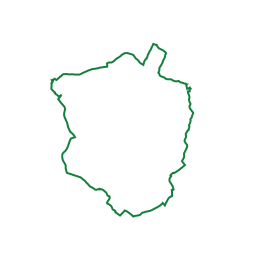 outline of Tritenii De Jos, Cluj, Romania, rotated 233°
{"feature_id": "2599482B80475446789021", "entity_name": "Tritenii De Jos", "entity_type": "district", "adm_level": 2, "iso_a3": "ROU", "parent_name": "Romania", "parent_adm1": "Cluj", "projection": "robinson", "projection_center": [24.012, 46.587], "detail": "fine", "context": "isolated", "style": "outline", "palette": "green", "viewbox_px": 256, "rotation_deg": 233, "n_neighbors": 0, "source": "geoboundaries", "source_scale": "gbopen_adm2", "svg_char_len": 5668}
<svg xmlns="http://www.w3.org/2000/svg" viewBox="0 0 256 256"><g transform="rotate(233 128 128)"><path d="M177.1,200.9L177.7,200.3L178.2,199.9L179.9,198.8L179.2,197.7L177.8,194.7L177.3,194.1L176.8,193.1L176.3,191.5L174.5,188.0L173.8,187.0L173.1,186.2L172.8,185.6L172.6,185.2L172.8,185.2L172.4,184.1L172.3,183.7L172.1,183.0L171.9,182.3L171.5,181.4L171.0,180.6L169.2,178.2L171.3,177.3L172.6,176.9L173.2,176.8L176.1,176.8L178.7,176.1L179.4,176.0L180.3,176.1L183.3,176.2L187.3,173.3L188.2,172.6L188.6,172.1L189.3,171.0L189.7,170.5L189.8,170.2L189.9,169.9L189.8,169.4L190.1,167.8L190.1,167.3L190.1,166.7L190.0,166.4L189.9,163.8L190.0,162.9L190.3,160.8L190.2,159.2L190.0,158.2L190.0,155.4L190.1,155.0L190.2,154.6L190.5,153.9L191.9,151.9L192.1,151.4L192.2,150.1L190.6,149.2L189.5,148.3L190.1,147.3L191.0,145.8L192.2,143.4L192.9,142.4L193.3,141.6L193.6,140.4L194.2,139.3L194.8,137.9L196.7,134.7L196.8,134.5L196.8,133.7L197.8,130.9L198.4,128.3L199.2,124.9L199.5,122.8L199.9,121.3L201.1,119.8L202.4,118.0L202.8,117.5L203.7,116.7L204.3,116.1L205.5,114.3L206.4,113.0L207.4,112.1L208.0,111.4L208.4,111.1L208.7,110.3L209.4,109.5L209.9,108.7L210.0,107.4L209.6,105.7L209.6,105.2L209.9,104.8L209.8,104.4L209.8,104.2L209.6,103.1L209.5,102.3L209.5,101.4L209.5,100.9L209.4,99.7L211.5,99.1L211.5,98.9L211.3,98.5L211.2,98.4L211.7,97.4L211.3,97.1L211.1,96.7L211.3,96.4L212.0,95.9L211.5,95.7L211.0,95.6L210.6,95.7L210.2,95.7L210.1,94.6L210.0,94.2L209.8,94.3L209.7,94.3L209.6,94.1L209.4,93.6L209.2,93.4L207.5,92.2L206.0,90.8L205.4,90.4L204.6,90.3L203.7,90.4L200.9,90.9L200.4,91.0L200.3,90.6L200.1,90.5L199.9,90.5L199.3,90.7L198.6,90.7L198.3,90.7L197.5,91.2L195.0,91.6L194.5,93.1L194.5,93.5L194.6,94.2L194.5,94.8L194.4,94.5L194.3,94.1L194.0,93.4L193.5,91.6L193.4,91.0L193.3,90.2L193.0,89.6L191.9,89.7L188.7,89.6L183.7,90.0L182.8,89.9L181.9,89.6L181.3,89.2L180.8,88.9L178.2,85.9L177.4,85.2L177.0,84.9L176.3,84.5L174.8,83.9L173.1,83.5L168.9,82.5L168.1,82.3L167.4,81.9L167.1,81.7L164.5,80.6L160.5,79.7L160.5,79.8L158.6,79.8L156.7,80.3L155.1,80.3L154.2,80.4L152.5,80.0L153.1,78.7L153.9,76.4L153.7,76.0L153.6,75.5L153.6,75.3L152.1,72.7L151.6,72.0L151.2,71.6L150.9,70.9L149.6,69.2L148.5,67.2L147.5,64.7L147.1,61.4L146.9,60.6L146.6,59.9L146.2,59.4L145.8,59.1L144.4,58.0L141.9,56.7L141.0,56.5L136.2,55.9L135.1,55.4L134.2,54.6L133.4,54.0L131.0,53.0L129.4,52.4L128.8,52.3L128.7,52.3L126.7,53.8L121.6,57.3L117.3,60.3L117.0,60.5L116.3,60.7L115.4,60.8L111.3,61.9L109.4,61.9L107.6,62.2L105.1,62.4L104.1,62.5L102.0,63.5L101.5,63.8L99.7,64.4L99.0,64.6L98.5,64.8L98.2,65.0L97.7,65.5L97.5,66.1L97.4,66.7L97.2,67.0L96.4,68.2L96.2,68.3L96.5,68.7L95.2,69.6L94.8,70.1L94.4,70.3L93.2,70.9L89.7,71.7L89.1,71.6L87.2,71.2L86.2,71.1L85.5,71.3L85.2,71.5L84.7,72.1L84.3,72.0L83.2,71.3L82.9,71.0L82.5,70.3L82.3,69.8L82.1,68.8L81.7,67.6L81.5,67.2L80.9,66.3L80.6,66.0L80.4,66.0L79.3,66.4L78.2,67.0L76.4,67.5L75.8,67.6L75.3,67.6L74.6,67.4L72.6,66.9L72.2,66.9L71.8,66.9L71.2,67.2L70.7,67.6L69.6,67.8L69.4,67.9L69.2,67.9L69.0,67.5L68.8,67.3L68.5,67.3L68.0,67.3L67.4,67.5L65.6,68.1L64.8,68.3L62.9,69.0L63.0,69.9L64.0,75.8L63.6,75.9L63.5,76.1L63.2,76.3L62.4,76.8L61.1,77.3L60.4,77.5L56.7,78.5L55.9,78.6L55.6,78.8L54.5,78.8L53.9,79.2L54.0,79.5L53.9,80.0L51.9,83.9L51.4,85.2L51.4,85.5L51.4,86.0L51.7,87.5L51.7,88.2L51.7,88.7L51.1,89.6L50.7,91.2L50.2,92.3L49.7,93.2L49.3,94.1L48.4,96.3L48.2,97.1L47.2,103.2L46.8,106.0L46.8,106.9L47.0,109.9L47.2,110.6L44.0,110.8L45.5,113.5L46.0,114.9L46.7,116.3L47.4,118.0L47.6,119.3L47.6,119.8L47.5,120.5L47.1,122.1L47.6,122.4L47.7,122.8L52.2,125.8L51.5,126.7L51.4,127.3L54.0,128.4L55.1,128.7L60.1,129.1L60.6,129.2L61.8,130.0L62.6,130.8L63.2,132.0L63.4,133.2L63.6,133.6L64.6,133.4L64.7,133.6L65.0,134.7L65.0,135.0L65.1,135.6L64.9,136.3L65.0,137.1L64.9,137.3L64.6,137.3L64.2,138.0L64.1,138.8L63.8,143.0L63.8,143.6L63.8,144.5L63.9,145.2L64.1,151.2L68.1,151.1L69.1,151.2L69.2,151.6L69.6,152.4L69.8,152.9L70.5,154.4L70.8,154.9L71.2,155.5L74.0,157.5L76.2,162.0L76.8,163.0L77.3,163.7L77.6,164.1L78.3,164.7L78.5,164.8L78.9,165.0L80.6,165.0L82.3,165.0L83.2,165.2L83.5,165.3L83.8,165.5L84.5,166.4L84.8,166.9L85.8,168.9L86.0,169.2L86.2,169.3L87.1,169.7L88.2,170.3L88.4,170.5L88.8,171.0L89.1,171.9L90.0,173.9L90.1,174.4L90.2,174.8L90.2,175.0L89.9,175.2L89.9,175.3L90.6,175.9L91.3,176.8L92.2,177.9L92.5,178.0L93.2,178.1L93.4,178.3L94.4,180.1L95.6,181.9L96.1,182.4L97.1,182.8L97.4,183.1L97.5,183.3L97.9,184.7L98.4,185.6L98.7,186.0L99.8,187.5L100.6,189.0L100.8,189.1L101.2,189.3L102.2,189.2L103.7,189.2L104.2,189.4L105.3,189.2L106.2,189.2L106.6,189.3L107.7,189.8L108.2,190.1L108.5,190.4L108.7,190.7L109.1,191.7L109.3,192.0L109.9,192.6L111.1,192.7L112.3,193.0L113.6,193.6L114.1,193.9L114.3,194.1L114.7,194.7L115.4,195.5L115.9,195.8L117.0,196.3L118.2,196.7L119.0,196.7L121.2,197.8L121.0,198.2L120.1,199.3L120.8,199.9L121.8,200.5L121.7,201.7L123.1,201.7L123.1,200.8L123.3,199.8L123.7,198.8L125.7,199.7L126.5,200.2L127.2,200.3L127.6,200.7L127.6,201.0L127.8,200.8L128.5,200.9L129.8,199.6L131.1,198.9L133.2,197.2L134.0,197.0L134.8,196.9L135.2,196.6L135.7,195.4L136.4,194.3L137.4,193.4L138.9,192.5L140.6,191.9L140.9,191.7L141.1,191.5L141.8,190.7L142.5,189.7L143.5,188.5L144.8,187.7L145.2,187.7L146.8,187.2L149.3,185.5L149.8,185.2L150.4,185.1L151.5,185.1L152.3,185.5L152.8,185.7L153.4,185.5L153.9,185.6L154.3,186.3L154.9,187.3L155.4,188.0L156.1,188.3L156.5,188.8L156.9,189.0L157.1,189.3L158.6,193.2L159.0,193.9L159.2,194.5L159.4,194.9L160.6,196.4L161.3,197.9L162.0,199.5L163.1,200.9L163.6,201.4L164.1,202.0L164.2,202.3L164.6,202.9L164.9,203.5L166.6,203.4L168.0,203.0L169.6,202.4L172.5,200.9L173.3,200.6L174.2,200.5L175.4,200.6L176.5,200.6L176.8,200.6L177.1,200.9Z" fill="none" stroke="#15803d" stroke-width="2"/></g></svg>